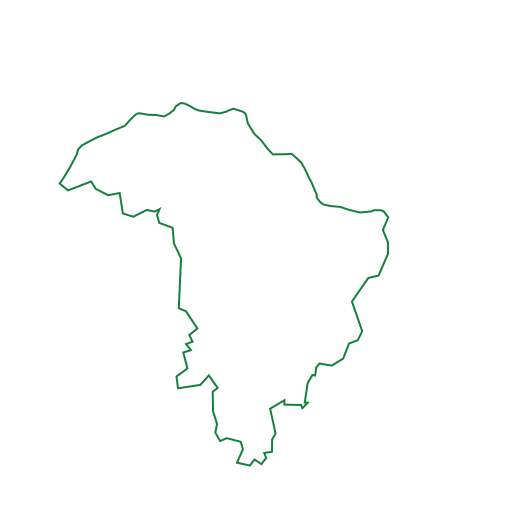 outline of Tetovo, Tetovo, North Macedonia, rotated 60°
{"feature_id": "65306769B82420997238505", "entity_name": "Tetovo", "entity_type": "district", "adm_level": 2, "iso_a3": "MKD", "parent_name": "North Macedonia", "parent_adm1": "Tetovo", "projection": "orthographic", "projection_center": [20.883, 42.045], "detail": "fine", "context": "isolated", "style": "outline", "palette": "green", "viewbox_px": 512, "rotation_deg": 60, "n_neighbors": 0, "source": "geoboundaries", "source_scale": "gbopen_adm2", "svg_char_len": 1852}
<svg xmlns="http://www.w3.org/2000/svg" viewBox="0 0 512 512"><g transform="rotate(60 256 256)"><path d="M331.6,389.7L339.8,368.6L335.8,356.5L351.0,355.2L352.0,361.4L368.9,370.8L382.1,373.8L388.6,379.5L398.3,379.6L399.2,372.3L409.3,362.1L416.9,364.0L425.5,375.8L434.4,366.1L431.5,359.1L438.9,355.4L436.0,348.2L430.7,347.4L433.5,340.0L423.0,333.8L419.5,327.8L395.3,320.1L395.1,303.5L398.9,305.7L407.6,291.4L411.0,291.9L408.9,284.6L407.3,287.0L392.0,274.9L387.2,266.6L389.1,264.6L382.6,259.5L380.8,254.9L388.8,245.2L388.4,231.8L378.3,219.2L379.8,209.9L374.2,201.6L343.4,195.7L331.2,169.8L334.2,159.6L320.1,140.6L310.2,134.9L296.9,133.1L288.7,122.2L281.0,123.1L278.6,125.3L275.3,130.9L275.0,133.9L270.2,144.4L262.4,152.5L255.6,158.5L250.7,165.5L249.7,166.8L245.5,171.4L244.3,172.2L242.5,173.1L240.5,173.6L235.9,174.2L234.0,173.2L233.3,172.8L220.8,171.2L218.4,171.0L216.2,171.1L204.5,170.1L197.6,170.1L185.4,173.9L183.6,177.6L181.9,180.8L176.5,190.5L173.1,191.4L168.2,192.5L160.4,193.4L155.5,194.5L150.5,196.1L147.5,196.5L136.8,196.7L133.1,195.5L130.5,194.6L128.2,194.2L126.9,194.2L124.6,195.1L117.1,201.9L116.1,207.8L116.3,208.9L114.5,215.8L107.1,225.7L101.1,233.1L98.1,235.5L92.6,238.6L88.8,241.2L87.7,242.3L85.9,244.8L86.2,250.2L86.8,251.5L88.4,253.9L89.3,259.7L89.2,265.9L84.2,271.7L82.0,275.2L79.7,278.8L74.0,285.7L73.3,287.8L73.4,289.8L75.1,296.5L77.7,304.6L76.3,314.7L75.2,325.4L73.8,334.5L73.4,343.4L73.1,351.2L74.6,356.6L78.5,360.6L85.6,371.8L91.9,383.1L94.6,388.7L95.1,389.8L105.2,386.0L109.0,361.5L117.8,361.2L129.4,353.7L133.3,342.6L152.6,350.0L160.6,342.7L161.5,327.6L166.9,321.5L167.2,316.1L171.0,321.3L179.0,323.2L189.9,314.1L204.1,320.8L220.4,322.0L262.7,349.0L268.8,344.3L289.4,343.0L291.1,353.3L298.5,353.8L297.3,360.6L305.0,359.4L303.2,367.2L319.1,371.6L320.6,385.1L331.6,389.7Z" fill="none" stroke="#15803d" stroke-width="2"/></g></svg>